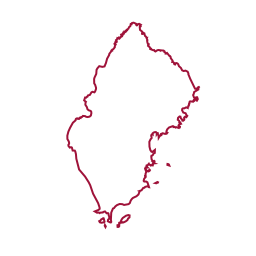 Sumbawa Barat, Nusa Tenggara Barat, Indonesia, rotated 204°
{"feature_id": "22746128B87271379033569", "entity_name": "Sumbawa Barat", "entity_type": "district", "adm_level": 2, "iso_a3": "IDN", "parent_name": "Indonesia", "parent_adm1": "Nusa Tenggara Barat", "projection": "natural_earth1", "projection_center": [116.899, -8.8], "detail": "fine", "context": "isolated", "style": "outline", "palette": "rose", "viewbox_px": 256, "rotation_deg": 204, "n_neighbors": 0, "source": "geoboundaries", "source_scale": "gbopen_adm2", "svg_char_len": 5779}
<svg xmlns="http://www.w3.org/2000/svg" viewBox="0 0 256 256"><g transform="rotate(204 128 128)"><path d="M124.4,38.3L121.8,38.0L120.4,38.9L119.3,38.7L118.9,39.4L116.6,40.6L116.4,41.3L115.1,42.4L112.8,41.4L111.7,42.1L111.1,41.9L109.9,40.1L109.0,39.4L108.3,37.4L108.9,36.2L108.5,34.6L105.8,34.5L105.2,34.8L105.1,35.4L106.3,37.2L108.9,43.9L109.0,48.3L108.2,49.1L107.7,51.2L106.7,53.1L104.7,55.2L102.2,56.1L100.3,56.1L96.5,58.7L95.8,60.2L96.0,62.8L95.6,64.8L95.0,66.2L92.5,69.1L91.4,71.5L91.6,74.2L91.4,75.4L91.6,75.2L91.8,75.2L90.3,76.6L89.7,79.5L88.7,80.1L88.4,81.2L86.5,82.7L85.5,82.9L85.1,82.4L84.7,82.5L88.2,86.3L89.5,86.5L91.4,85.7L92.0,85.9L92.3,86.4L92.6,88.3L91.9,90.5L92.1,90.9L92.6,90.6L93.1,91.5L92.8,92.1L93.4,93.5L93.4,95.6L95.5,98.4L95.8,98.0L95.7,97.6L95.9,97.8L95.9,99.0L94.2,99.8L94.9,100.0L94.9,100.5L95.7,100.9L95.8,101.4L94.9,102.1L94.4,103.8L93.6,103.1L92.5,103.4L91.8,103.0L91.1,104.0L90.2,103.9L90.2,104.4L90.9,104.8L90.8,105.7L89.4,106.5L90.2,106.5L90.3,107.1L90.9,107.2L90.1,107.7L90.2,108.4L90.8,108.6L91.5,107.7L92.0,107.7L93.7,109.0L95.1,111.3L95.3,112.2L94.8,112.5L94.3,113.5L94.3,115.0L93.4,116.1L94.5,118.9L96.1,116.0L97.0,115.9L98.7,117.0L100.8,119.7L102.9,124.1L102.8,127.0L102.3,128.2L102.7,129.3L103.6,130.2L103.8,131.2L103.4,132.2L102.8,132.1L103.3,133.1L102.8,134.2L101.6,135.3L100.7,135.6L99.8,135.2L99.4,134.3L99.3,135.3L98.6,135.4L98.1,134.1L97.0,133.6L96.0,131.6L95.8,133.2L95.2,134.6L95.5,134.8L95.5,135.9L95.0,136.3L94.6,136.0L94.6,136.9L94.2,137.3L91.7,137.7L90.4,138.5L90.1,139.7L91.3,139.8L91.6,141.1L91.6,142.8L90.7,145.2L87.7,148.0L87.0,147.9L86.7,147.4L85.7,148.0L84.8,147.7L84.2,148.4L81.5,148.7L81.4,149.5L80.9,149.7L81.1,150.4L82.6,150.5L82.9,150.9L82.6,152.3L81.3,153.4L82.6,154.3L83.4,154.1L83.5,154.7L84.4,155.4L85.9,155.8L86.4,157.7L85.6,159.5L84.7,159.7L83.7,158.4L82.0,157.7L81.3,156.8L80.7,157.0L80.7,157.6L80.1,157.9L80.0,158.4L80.2,159.3L80.9,160.0L80.8,160.9L80.4,161.6L79.1,161.6L78.8,163.2L79.7,163.5L81.4,164.9L83.8,164.6L85.9,166.3L86.2,167.5L85.7,168.4L84.6,168.8L83.3,170.5L81.8,170.6L82.1,171.0L81.5,172.0L81.9,173.1L81.6,173.5L82.1,174.9L81.8,175.3L82.4,176.6L82.1,177.6L79.2,178.5L79.1,179.4L78.8,179.2L78.5,179.7L78.8,180.2L79.3,180.1L79.2,180.8L77.1,181.8L76.7,181.1L76.2,181.0L76.0,182.8L77.3,184.2L78.2,183.8L78.2,182.9L78.6,182.5L80.2,182.8L81.9,184.6L81.8,185.8L82.2,187.8L79.4,191.8L79.6,192.5L80.2,192.9L79.8,194.2L80.0,194.3L80.6,193.6L80.8,192.6L81.8,191.4L82.8,191.2L91.0,198.1L94.7,201.6L95.0,202.4L96.4,203.7L98.8,203.8L100.3,202.7L102.0,202.7L104.1,204.4L106.6,205.2L108.1,206.7L109.2,207.1L110.3,207.0L110.9,206.5L110.8,205.2L111.5,205.1L112.0,205.4L112.1,206.1L113.9,206.7L114.4,206.4L114.7,207.7L117.4,209.2L117.9,210.2L118.8,210.8L119.3,210.6L122.8,212.4L123.2,211.6L123.9,211.3L124.1,212.0L125.8,212.3L125.9,212.9L127.0,213.2L129.6,212.3L129.9,211.8L130.4,212.1L132.0,211.6L132.9,210.9L134.0,209.1L134.9,209.1L135.7,209.8L136.9,209.3L139.6,209.2L139.5,209.9L140.4,210.0L140.9,210.6L142.8,211.1L142.9,211.9L143.2,211.8L143.3,213.0L144.0,212.9L145.1,214.1L146.1,215.6L146.0,216.2L147.4,217.5L147.4,218.1L147.8,217.9L148.8,218.8L150.0,219.1L151.1,220.5L151.5,220.6L151.6,221.1L152.4,221.2L152.8,219.9L153.4,219.7L153.8,220.3L153.7,221.2L154.2,221.8L156.9,222.5L158.3,224.9L157.9,225.7L158.3,225.8L158.2,227.1L158.8,226.8L159.0,227.6L160.2,227.7L160.8,227.2L161.4,226.2L161.3,225.7L161.8,225.3L162.5,225.6L162.6,226.5L165.7,226.5L167.0,225.6L166.9,224.3L167.8,224.1L167.3,221.9L168.1,220.5L168.0,218.9L169.0,217.4L168.6,216.9L169.4,216.2L169.0,215.8L169.1,215.2L169.7,214.3L170.0,214.8L170.6,214.6L170.4,214.1L171.2,213.4L171.1,212.7L170.2,212.9L170.2,212.2L171.5,211.4L171.6,210.4L172.1,210.7L172.3,210.5L171.5,209.7L170.7,209.9L170.7,209.4L171.1,208.9L171.5,209.3L171.7,207.8L172.3,207.4L172.0,206.8L172.2,206.2L173.3,206.6L173.4,205.8L174.3,205.8L174.1,204.0L174.6,203.5L173.6,202.5L174.5,202.1L174.5,201.5L173.8,201.3L174.5,199.8L173.6,199.4L174.0,199.0L173.3,198.6L173.3,197.1L172.9,196.4L173.5,194.0L174.3,193.1L173.9,192.2L174.7,191.8L174.6,190.7L175.2,188.4L175.2,187.7L174.9,187.2L175.3,182.8L174.6,178.5L174.5,174.7L176.3,173.4L179.4,172.8L180.2,170.2L180.4,168.4L179.0,164.5L179.1,160.4L178.9,159.0L177.0,155.0L175.6,154.1L173.6,151.8L173.1,150.7L172.9,147.9L173.2,146.9L175.2,146.6L175.9,145.7L176.3,142.7L177.8,141.5L177.8,140.1L178.3,139.8L178.6,138.7L179.6,138.4L179.3,135.4L177.1,134.8L177.2,134.1L176.4,131.9L174.0,130.3L172.7,128.7L171.2,128.2L169.1,128.4L168.3,128.0L167.5,126.7L167.0,124.3L167.7,122.8L169.3,121.6L170.8,121.2L172.0,121.4L174.1,120.7L174.4,119.5L175.3,118.9L175.3,117.9L176.2,117.8L176.4,116.4L176.8,116.2L177.4,116.4L177.9,115.9L178.5,116.1L179.2,115.3L179.3,114.6L179.0,113.7L180.5,110.4L181.0,104.5L181.0,100.5L180.3,96.3L178.9,93.3L176.6,91.6L175.7,90.4L175.4,89.6L175.6,88.3L175.1,87.4L173.2,86.4L172.3,87.3L171.3,87.3L169.4,84.9L167.4,85.7L166.6,85.1L164.9,82.9L162.7,78.9L155.8,70.2L147.5,66.2L141.9,62.5L139.3,60.4L133.2,53.8L124.7,47.2L121.7,43.9L121.0,42.6L121.6,41.2L124.4,38.3ZM96.6,39.1L96.1,38.5L94.9,39.2L95.1,39.5L94.6,39.8L93.7,39.9L92.1,41.8L91.1,43.6L91.1,45.3L90.3,46.9L91.0,48.8L92.3,48.6L94.1,47.1L96.2,43.7L96.6,41.9L96.6,39.1ZM115.4,30.4L113.8,30.6L111.7,32.0L111.3,32.8L113.5,35.6L114.0,35.5L114.3,34.7L115.2,33.8L115.6,32.2L116.4,31.2L115.4,30.4ZM97.3,33.4L96.7,33.6L96.1,34.3L96.1,34.9L96.5,35.6L97.4,35.5L98.1,34.9L97.3,33.4ZM91.2,98.6L92.3,97.2L92.0,96.6L91.5,96.7L90.9,97.6L90.8,98.4L91.2,98.6ZM77.3,111.2L77.0,110.3L75.0,110.5L75.8,111.3L76.5,111.4L77.3,111.2ZM79.2,90.6L80.0,89.3L79.6,89.3L78.5,90.2L78.5,90.6L79.2,90.6ZM109.6,30.0L109.5,29.2L108.3,28.3L108.3,29.1L109.6,30.0ZM97.0,38.1L97.5,37.8L97.4,37.5L96.9,37.5L97.0,38.1ZM80.6,88.8L80.1,88.9L80.2,89.3L80.6,88.8Z" fill="none" stroke="#9f1239" stroke-width="2"/></g></svg>